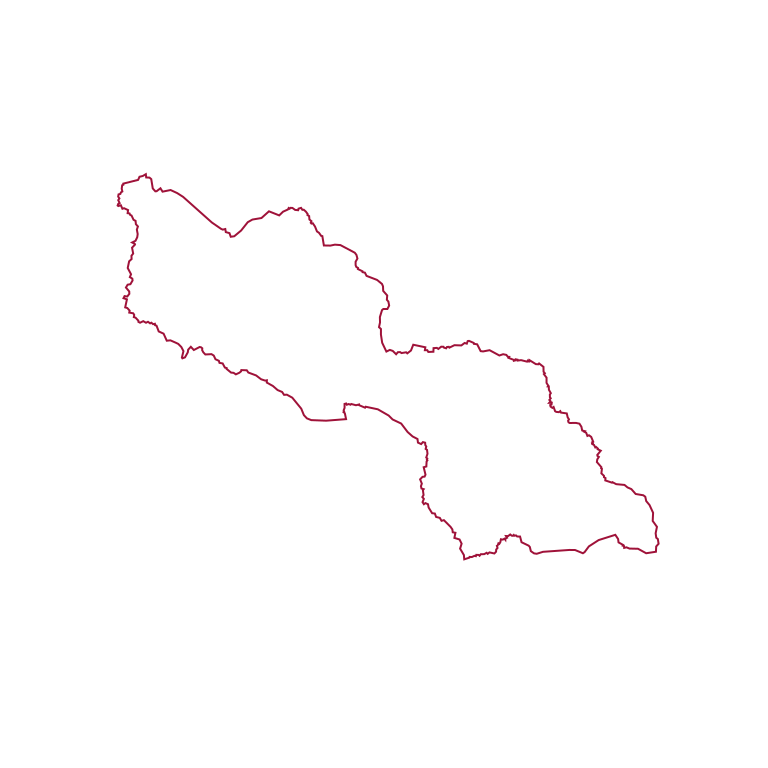 the district of Si Samrong, Sukhothai, Thailand, rotated 197°
{"feature_id": "78962969B21904854514402", "entity_name": "Si Samrong", "entity_type": "district", "adm_level": 2, "iso_a3": "THA", "parent_name": "Thailand", "parent_adm1": "Sukhothai", "projection": "albers", "projection_center": [99.692, 17.177], "detail": "fine", "context": "isolated", "style": "outline", "palette": "rose", "viewbox_px": 768, "rotation_deg": 197, "n_neighbors": 0, "source": "geoboundaries", "source_scale": "gbopen_adm2", "svg_char_len": 6153}
<svg xmlns="http://www.w3.org/2000/svg" viewBox="0 0 768 768"><g transform="rotate(197 384 384)"><path d="M275.5,447.6L278.8,447.3L282.0,445.0L292.9,447.2L298.8,444.1L301.2,443.7L306.5,449.2L309.8,448.7L310.2,449.5L315.3,450.1L316.5,449.5L316.6,446.8L318.9,446.8L321.3,443.5L328.0,441.7L332.1,437.9L332.9,438.5L334.6,437.8L335.0,436.3L337.3,436.3L338.0,437.0L340.2,436.4L342.3,433.4L344.0,434.0L347.1,432.8L346.2,429.3L351.0,427.6L352.5,429.0L354.8,428.3L355.2,431.2L367.5,430.1L368.0,423.9L370.7,420.1L372.1,420.8L376.3,418.7L377.8,419.2L380.0,418.5L381.1,416.0L385.3,418.2L388.4,418.3L391.2,415.7L397.8,422.9L401.4,430.4L403.0,435.7L405.4,436.9L405.8,441.7L407.5,446.8L407.5,454.1L406.6,455.5L402.7,456.7L402.0,460.5L403.9,464.1L405.9,465.4L406.8,469.6L412.0,472.8L413.5,477.1L415.2,479.1L421.1,481.5L432.3,482.3L434.8,484.9L437.2,484.7L437.5,485.5L442.6,486.3L442.8,487.4L444.8,487.9L445.9,489.4L446.9,492.6L446.1,496.2L448.1,499.4L450.3,501.0L466.3,504.1L471.7,502.9L475.7,500.7L482.0,498.9L486.2,507.4L487.4,507.3L490.4,509.6L492.7,510.3L496.0,514.4L499.1,516.9L500.3,516.2L501.2,516.8L501.0,518.5L503.4,519.5L504.7,522.7L506.6,523.2L506.7,524.2L509.1,526.0L511.7,527.2L513.0,526.7L514.8,528.2L517.0,526.7L516.9,525.1L519.9,524.5L523.0,525.6L525.0,525.1L525.5,524.0L526.6,524.4L526.9,522.8L530.9,519.3L533.5,514.6L544.5,515.5L549.7,506.9L557.9,502.8L561.6,498.9L565.5,489.0L570.4,481.5L573.6,480.0L575.9,483.1L579.7,483.0L581.1,485.8L583.3,484.5L585.1,484.7L595.8,488.1L630.8,504.2L637.6,506.1L644.8,507.1L652.0,503.2L655.0,505.8L657.8,501.9L659.0,501.4L662.3,503.4L666.5,511.9L668.6,512.8L671.8,512.0L673.1,515.0L675.5,512.4L678.4,510.7L678.8,507.3L691.9,499.4L691.5,498.4L692.5,497.5L691.9,494.0L690.5,491.6L691.6,490.3L691.7,488.7L693.3,487.7L693.0,485.5L691.3,484.1L691.9,482.1L689.7,479.7L690.8,478.6L690.9,476.8L690.1,476.5L687.9,478.0L685.4,475.1L684.0,476.1L679.6,475.5L679.1,472.4L677.2,472.7L676.2,471.5L674.7,471.3L671.5,467.8L669.3,467.4L668.0,464.3L665.4,462.7L665.5,459.4L663.4,455.4L662.9,452.2L663.5,448.3L666.2,445.7L663.4,445.2L662.9,444.5L664.8,440.7L662.0,435.4L663.0,432.8L661.9,429.7L663.6,426.8L663.0,420.0L658.0,415.0L658.3,411.9L655.5,411.2L654.7,409.5L655.7,405.3L658.2,404.0L659.0,400.8L654.7,398.0L653.9,395.8L655.1,392.6L657.8,392.2L658.2,389.9L654.6,389.8L653.9,381.6L651.7,381.6L648.7,379.8L648.5,377.8L644.5,378.3L643.1,377.1L642.8,374.8L641.0,374.8L637.4,372.7L637.0,371.6L635.2,371.3L632.6,373.7L629.5,373.0L627.9,374.5L625.4,373.6L624.4,374.6L622.3,373.7L620.7,374.6L620.1,373.3L618.6,373.3L614.8,368.4L609.5,367.7L604.4,361.9L601.0,363.3L595.2,362.6L592.5,362.2L588.6,360.1L585.4,356.8L585.0,350.2L584.3,349.6L582.1,351.3L580.9,356.9L581.3,359.6L579.6,363.1L575.8,360.9L571.1,365.5L569.6,365.6L568.2,365.0L567.8,363.2L566.1,361.5L563.5,360.0L557.7,362.1L555.1,361.4L552.4,358.4L548.7,357.9L547.5,356.1L544.3,356.5L541.0,353.2L539.1,353.2L538.9,352.4L533.6,350.2L531.1,350.7L528.5,349.9L525.6,352.5L524.4,354.3L524.5,355.6L519.2,357.0L517.1,355.3L508.8,354.8L502.9,352.6L498.6,352.5L497.1,353.3L496.5,351.1L489.6,349.6L484.0,347.1L479.1,346.6L476.4,344.4L473.8,345.4L467.7,344.1L455.9,336.2L451.5,330.8L447.7,328.6L443.0,328.2L428.6,332.0L410.0,339.3L412.9,344.6L414.5,345.3L414.1,346.1L414.9,347.0L414.7,349.6L415.9,353.4L414.5,354.3L413.5,353.3L411.9,354.5L410.0,354.4L409.5,355.3L404.6,355.5L401.9,357.1L401.7,356.5L395.2,355.8L394.9,356.9L382.5,358.0L370.3,355.2L365.4,352.6L356.0,351.2L347.4,345.0L341.3,342.2L335.9,341.2L334.4,337.9L330.9,337.4L329.8,339.8L327.5,339.9L326.6,337.6L325.3,336.6L325.2,334.1L323.6,333.6L322.0,330.0L322.1,326.0L320.8,325.4L320.9,324.1L320.2,323.7L320.6,322.3L319.4,317.5L321.7,316.0L317.8,309.4L318.1,307.3L320.0,306.5L321.6,303.4L318.7,299.8L318.8,297.1L317.6,295.0L315.3,295.0L315.7,293.7L313.7,289.4L314.3,287.1L312.3,285.8L312.6,282.3L310.7,280.7L309.6,282.2L306.8,281.9L305.2,278.9L300.2,274.5L297.5,275.0L295.3,272.1L291.5,272.3L289.0,270.0L286.9,271.3L278.5,266.8L276.1,264.9L274.9,262.3L272.2,262.6L271.7,257.4L266.3,257.4L263.1,254.0L263.1,248.8L257.6,243.8L256.0,239.8L251.6,242.9L251.6,243.7L249.4,244.2L247.3,246.1L245.8,246.2L245.8,247.6L243.5,248.2L242.4,247.7L241.7,249.5L238.4,250.6L236.5,252.6L235.2,251.9L233.9,253.8L228.9,254.2L227.8,256.4L228.3,258.5L227.5,260.4L228.7,262.2L228.1,262.8L228.0,265.1L227.0,264.8L226.5,266.7L226.8,269.7L224.9,269.9L223.6,271.3L222.4,270.5L222.7,271.7L221.4,272.9L222.9,274.3L220.9,274.8L219.3,277.0L217.6,276.3L216.4,276.5L215.8,277.6L215.0,277.0L213.5,277.8L212.1,277.1L209.3,277.9L206.2,272.9L198.4,271.7L196.9,270.8L194.7,267.1L191.0,265.9L188.3,266.3L182.9,270.0L158.2,279.5L152.7,281.1L144.3,280.3L143.0,281.9L140.6,288.6L133.1,297.5L118.7,307.4L114.8,304.2L113.4,301.1L108.2,300.0L108.4,299.2L107.1,299.2L106.4,297.5L104.4,298.7L101.1,298.4L92.9,300.7L83.8,298.8L74.9,303.1L76.2,308.2L74.7,311.5L76.8,315.8L78.7,316.6L80.6,320.7L81.2,327.2L87.0,331.6L89.0,339.5L94.7,345.9L99.0,348.7L101.2,352.6L103.5,353.4L111.2,352.4L116.7,355.8L120.9,356.3L124.5,357.8L132.7,356.1L136.8,356.9L137.1,356.3L144.2,356.5L144.7,358.8L146.4,359.2L146.8,360.5L150.0,362.1L150.8,366.6L151.8,367.0L151.8,368.0L157.6,371.6L158.0,374.3L157.2,377.1L158.8,377.6L159.3,378.5L157.2,383.6L160.6,384.1L160.6,384.8L162.8,385.8L163.4,385.1L165.3,387.1L167.4,387.5L167.8,388.2L167.1,388.7L167.7,389.5L167.1,390.0L170.4,394.0L173.0,394.9L174.3,393.8L176.4,396.5L178.6,396.9L178.2,397.6L180.9,397.5L182.7,400.8L185.5,403.2L189.1,402.9L195.0,401.0L196.3,401.3L197.2,402.6L196.8,404.3L198.6,405.8L200.6,409.3L206.4,408.4L207.5,409.6L208.5,408.2L211.1,407.7L212.4,408.0L215.1,411.6L216.0,410.4L218.1,411.1L218.9,412.4L217.8,413.3L218.1,415.1L220.5,414.3L219.7,416.2L221.2,417.1L220.4,419.1L221.4,419.7L222.3,422.4L221.8,424.0L224.6,426.7L225.7,429.8L226.6,429.6L226.4,430.4L228.9,432.6L230.4,437.6L234.0,440.2L233.3,441.3L235.0,442.4L236.5,447.0L241.7,449.0L242.1,448.0L244.6,447.4L251.7,449.3L251.6,448.0L253.1,447.6L253.4,448.2L253.8,447.2L259.6,446.9L260.0,447.6L259.9,446.9L263.0,445.5L263.3,446.3L265.3,446.1L265.1,445.1L266.6,444.2L266.9,445.0L272.5,445.4L272.3,446.5L273.5,446.2L275.5,447.6Z" fill="none" stroke="#9f1239" stroke-width="2"/></g></svg>